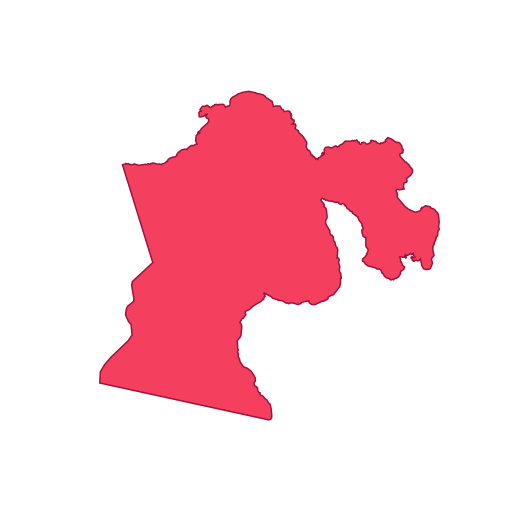 Oikull, Palau, rotated 253°
{"feature_id": "81905179B41520221517607", "entity_name": "Oikull", "entity_type": "district", "adm_level": 2, "iso_a3": "PLW", "parent_name": "Palau", "parent_adm1": "", "projection": "albers", "projection_center": [134.583, 7.366], "detail": "fine", "context": "isolated", "style": "filled", "palette": "rose", "viewbox_px": 512, "rotation_deg": 253, "n_neighbors": 0, "source": "geoboundaries", "source_scale": "gbopen_adm2", "svg_char_len": 6162}
<svg xmlns="http://www.w3.org/2000/svg" viewBox="0 0 512 512"><g transform="rotate(253 256 256)"><path d="M95.6,220.2L95.6,222.3L96.8,223.7L98.9,224.5L106.0,225.9L110.3,226.1L112.1,224.8L115.3,224.3L116.2,223.3L120.7,221.2L121.4,219.9L122.6,219.3L124.0,219.9L124.7,218.8L126.6,218.4L129.6,218.8L131.2,218.0L131.7,216.8L135.0,216.8L136.5,218.6L138.0,219.3L139.6,219.6L141.6,219.3L146.9,217.8L151.2,214.9L153.7,211.6L159.8,209.8L161.8,210.1L165.0,209.6L167.6,210.6L169.3,210.2L171.4,211.6L172.0,211.3L180.5,213.3L183.1,217.3L184.8,218.6L193.0,221.9L195.8,221.8L197.0,221.0L200.2,224.4L200.2,225.6L202.9,229.2L205.3,229.2L206.2,229.7L206.6,233.6L209.1,239.0L211.2,247.6L212.8,250.2L212.3,250.6L214.3,251.9L214.6,252.8L216.0,253.0L217.5,252.4L218.3,252.9L212.6,258.7L210.9,259.4L208.8,262.2L208.6,263.4L207.2,264.2L205.4,268.3L202.2,270.9L201.9,272.4L200.9,273.0L201.1,275.0L200.3,277.5L197.4,281.9L197.4,285.1L198.1,285.3L198.3,288.4L197.6,293.4L195.9,293.2L194.4,294.2L193.3,295.2L192.6,296.9L192.3,298.8L193.4,305.6L193.0,307.7L193.4,308.1L193.2,309.1L194.0,312.3L195.4,312.8L196.1,315.0L196.4,318.9L202.1,326.9L205.1,328.8L210.0,330.4L209.9,331.1L214.9,332.0L216.1,331.4L218.7,331.6L221.1,333.0L225.8,333.0L227.4,334.3L229.3,334.5L230.3,333.9L230.5,333.0L238.0,336.0L240.3,336.0L241.8,335.2L246.2,335.5L248.0,334.7L251.5,335.5L253.5,334.9L254.1,333.7L256.4,333.4L258.7,334.0L264.7,332.4L267.3,332.2L269.8,333.2L271.3,334.8L273.1,335.6L280.5,337.0L283.8,335.5L285.3,336.4L290.5,334.1L291.9,336.2L290.5,337.4L290.5,338.0L288.9,339.0L288.9,339.9L287.5,341.3L285.9,345.3L284.2,347.3L283.3,350.6L282.5,350.5L280.9,351.5L280.4,352.5L280.9,354.7L278.9,355.9L278.2,355.7L277.9,356.4L274.6,357.1L274.3,357.8L271.0,359.5L270.4,360.9L268.9,360.7L263.3,364.9L262.3,364.7L259.3,365.2L255.6,366.8L254.6,366.2L251.0,366.7L249.9,364.8L247.5,364.2L243.5,364.2L241.9,365.6L241.8,366.5L233.8,364.1L232.3,364.0L229.7,365.1L228.2,364.7L225.8,362.5L225.3,362.6L223.1,359.8L222.2,357.4L220.9,356.5L219.7,356.5L218.9,357.7L216.4,358.2L213.7,360.2L209.6,367.0L208.5,367.5L207.8,368.6L207.8,370.0L206.2,371.3L202.7,371.6L202.2,372.3L199.1,372.9L196.9,374.3L196.1,376.2L193.6,378.0L193.7,380.2L193.1,380.5L193.8,381.9L193.6,383.6L194.4,386.2L196.8,389.1L198.1,389.3L199.3,390.5L200.0,393.4L202.0,394.9L204.1,393.4L207.8,393.3L208.2,392.5L210.5,393.3L213.1,393.1L213.0,394.7L212.0,395.6L211.3,398.0L210.3,398.7L210.9,399.5L211.3,399.5L211.8,398.4L213.1,398.6L213.7,399.4L212.5,400.0L212.3,401.1L213.2,404.7L212.5,404.7L211.9,406.0L212.4,407.1L210.1,406.9L208.4,407.6L208.4,405.5L209.6,405.2L209.7,404.3L208.9,403.7L208.1,404.1L208.3,404.9L206.1,404.2L204.7,405.5L205.4,407.8L204.4,408.5L203.9,410.6L205.0,412.4L198.6,411.8L194.9,412.4L193.2,414.8L192.7,418.3L193.9,419.8L197.5,422.7L202.0,422.8L204.4,426.4L210.6,426.9L213.2,428.1L213.5,427.9L215.3,430.0L216.8,430.2L218.2,432.2L219.0,432.3L219.5,433.0L220.4,433.1L220.7,433.9L221.7,434.1L222.2,435.6L226.5,437.2L228.0,439.2L230.4,439.1L234.9,441.1L241.7,442.5L243.6,442.4L248.6,440.1L251.0,437.1L252.3,436.8L254.5,432.9L253.6,429.7L254.0,428.9L252.9,428.2L252.9,427.5L252.0,427.3L251.3,426.0L251.1,421.7L251.7,420.5L256.0,415.6L259.4,413.2L269.7,408.6L272.0,408.3L272.7,409.1L274.8,409.6L275.4,409.1L277.6,409.2L278.6,410.2L277.4,412.4L276.8,417.4L278.7,417.1L282.5,418.8L282.5,421.4L283.4,422.4L286.0,422.5L288.1,427.7L290.5,430.2L292.2,430.8L293.5,430.7L296.8,429.1L297.7,429.3L302.0,426.9L302.2,426.2L309.0,423.1L310.8,423.0L311.8,423.8L311.7,426.6L314.1,427.5L314.4,428.0L315.8,427.3L318.8,427.5L322.2,426.4L323.7,424.1L323.5,423.3L328.0,420.0L330.7,416.7L328.8,413.4L327.8,413.6L327.3,413.1L327.4,410.8L327.0,409.9L327.6,408.2L326.8,407.6L328.5,405.2L330.9,403.9L330.7,403.1L332.5,401.2L332.8,399.9L332.4,399.2L331.2,399.4L330.4,395.7L330.8,394.3L332.7,393.2L333.3,392.1L333.4,390.2L332.2,389.4L332.3,388.5L333.1,387.6L334.7,387.9L335.6,386.7L336.9,386.6L337.6,386.0L337.1,384.6L337.7,384.1L337.3,383.3L338.2,382.2L338.2,379.4L339.8,375.1L337.8,371.3L337.8,369.2L336.8,368.1L336.9,366.9L336.3,365.8L338.1,364.5L337.3,359.5L339.1,357.1L339.5,354.3L338.1,352.4L333.7,351.3L335.4,349.9L334.8,348.9L333.7,349.1L333.2,349.8L332.7,348.8L333.1,347.8L331.9,347.0L331.7,344.5L330.2,343.3L330.4,342.9L331.2,342.8L331.9,341.6L331.6,341.4L333.7,340.7L334.0,340.0L335.8,339.6L335.5,338.9L336.8,338.0L337.9,338.5L340.8,337.9L341.8,337.4L342.3,336.2L343.9,336.1L346.6,336.1L348.5,337.4L350.1,337.7L357.1,335.7L361.5,333.0L363.3,333.2L366.5,330.5L368.7,332.2L369.7,332.3L370.8,332.0L371.5,329.3L372.4,330.9L373.8,332.0L375.1,332.0L375.7,330.7L376.9,330.6L377.4,329.8L378.6,330.5L379.5,330.1L380.4,330.3L380.4,331.2L381.6,331.3L383.3,330.3L384.3,330.6L385.2,329.3L386.0,325.1L388.2,324.7L388.5,323.8L389.4,323.4L392.3,322.8L393.7,318.9L393.8,316.3L398.9,316.7L405.2,311.5L406.0,311.5L407.9,310.0L410.7,305.6L410.9,304.2L412.0,303.7L415.5,297.4L416.4,291.3L416.1,285.3L415.5,284.3L414.9,280.6L413.8,278.0L411.5,276.3L408.1,275.5L407.1,273.5L407.7,272.7L407.3,270.3L409.4,269.9L410.6,269.0L411.9,264.6L411.4,263.9L412.7,262.3L412.8,260.5L411.9,259.9L412.2,258.5L411.0,256.1L414.3,253.4L414.5,252.3L413.9,251.6L414.8,248.8L414.4,247.8L412.4,245.3L410.4,245.9L410.7,244.4L409.8,243.3L405.7,242.4L405.1,243.9L405.0,247.1L406.0,249.4L405.9,250.6L404.0,248.8L402.4,249.0L400.9,250.7L398.6,250.1L397.0,248.1L393.9,241.2L392.2,239.4L391.6,237.0L390.7,236.4L390.1,238.1L389.7,237.7L389.9,236.3L388.4,233.9L383.8,231.9L380.3,232.4L380.5,230.5L379.8,228.6L380.6,226.8L380.4,225.7L378.8,221.7L378.0,221.2L379.1,219.0L379.1,215.4L378.5,213.9L377.9,213.6L378.1,212.3L376.1,209.8L375.1,209.6L374.5,207.7L374.9,204.4L374.6,201.6L373.8,200.0L372.3,199.1L372.7,198.6L371.3,195.4L371.6,193.3L371.0,192.0L372.2,190.8L372.7,188.6L375.1,184.7L375.1,182.0L374.5,181.5L375.8,179.7L375.4,177.7L376.1,176.9L376.9,170.6L379.7,166.4L379.4,165.0L380.4,161.8L381.6,161.2L381.9,159.3L382.6,158.5L382.1,158.0L382.4,155.0L279.9,155.4L267.7,130.3L264.4,128.5L251.4,126.8L248.4,125.8L245.3,118.2L242.5,116.1L237.8,114.0L230.6,114.9L227.2,116.5L216.7,114.4L212.3,108.9L201.6,87.7L196.3,79.4L190.7,73.2L180.2,69.5L95.6,220.2Z" fill="#f43f5e" stroke="#9f1239" stroke-width="1.5"/></g></svg>